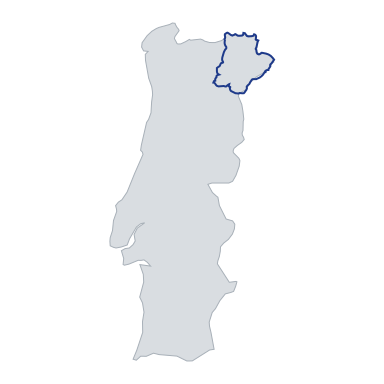 Bragança on a map of Portugal (Equal Earth projection)
{"feature_id": "PRT-750", "entity_name": "Bragança", "entity_type": "District", "adm_level": 1, "iso_a3": "PRT", "parent_name": "Portugal", "parent_adm1": "", "projection": "equal_earth", "projection_center": [-6.92, 41.518], "detail": "fine", "context": "in_parent", "style": "outline", "palette": "blue", "viewbox_px": 384, "rotation_deg": 0, "n_neighbors": 0, "source": "natural_earth", "source_scale": "10m", "svg_char_len": 4343}
<svg xmlns="http://www.w3.org/2000/svg" viewBox="0 0 384 384"><path d="M147.1,35.7L151.8,31.3L156.4,28.5L159.0,27.4L169.6,24.5L172.4,23.0L175.0,23.3L175.5,24.7L177.0,27.4L178.6,29.3L179.1,30.7L174.9,36.6L174.4,38.6L176.5,42.4L176.9,43.5L177.9,44.0L180.8,43.9L185.9,41.5L189.4,39.4L190.6,40.2L200.6,39.1L203.0,40.0L204.6,41.1L209.5,42.5L214.9,42.6L221.5,40.6L224.5,38.7L225.0,36.5L225.2,34.8L226.0,33.7L227.6,33.1L229.9,34.2L233.3,35.1L241.4,35.4L243.0,34.2L245.8,34.6L249.4,36.1L253.6,35.6L255.8,37.5L256.6,40.0L256.9,45.5L256.6,51.0L257.4,53.0L260.3,53.6L264.9,53.5L269.0,55.0L272.2,57.6L273.3,60.3L273.8,62.1L272.2,63.2L270.0,67.1L264.3,72.3L256.3,76.9L250.1,82.7L245.9,89.7L240.6,92.6L239.0,94.2L238.3,96.1L241.8,104.6L242.9,111.2L243.8,119.2L243.2,121.5L243.0,130.4L242.1,133.0L242.3,135.1L243.6,137.4L244.2,139.5L241.8,142.3L237.3,145.5L234.0,148.4L233.1,151.0L233.4,152.7L238.9,158.3L239.9,160.6L239.2,166.2L236.0,175.3L232.9,180.8L232.4,181.4L228.9,183.0L212.0,183.0L207.9,184.3L208.5,185.4L212.4,192.5L216.6,196.3L217.9,197.2L219.4,205.6L226.1,219.0L232.6,220.9L234.8,224.2L234.4,228.9L232.4,234.1L228.4,239.4L223.7,243.1L220.5,246.8L220.3,251.2L219.3,256.6L217.8,261.0L217.4,263.9L229.3,282.3L236.0,281.4L236.9,281.8L235.7,286.2L233.6,291.4L231.0,292.4L225.3,293.9L219.9,300.6L215.5,308.6L212.2,312.5L209.2,322.1L209.5,326.2L211.0,332.6L214.1,349.3L209.6,350.0L192.3,360.9L186.9,361.0L176.9,356.1L159.2,354.6L153.5,353.2L146.3,356.3L140.7,356.2L136.3,360.2L133.1,359.2L136.8,350.2L142.7,332.4L142.5,321.6L144.0,312.2L142.5,302.9L139.7,297.1L143.7,282.1L143.3,274.4L139.9,264.6L150.6,266.1L147.3,262.3L144.0,259.9L140.9,260.4L138.2,260.3L129.0,264.1L124.4,265.2L123.1,264.5L123.7,258.5L121.4,250.7L125.1,248.6L129.3,248.0L133.0,244.7L135.2,241.0L134.1,234.4L137.3,228.1L144.7,222.8L140.9,223.6L136.5,226.9L129.5,238.9L127.2,245.0L121.3,247.0L116.0,248.0L113.4,247.3L110.2,245.8L109.9,241.3L110.2,237.7L112.5,230.6L113.5,220.5L116.7,211.5L116.5,209.1L115.6,205.6L118.4,202.1L121.9,199.8L127.1,192.1L134.5,173.8L143.0,154.4L142.4,152.1L140.6,150.3L141.4,145.0L146.6,122.4L148.6,119.4L151.0,112.8L151.6,102.1L152.6,94.8L152.4,91.1L151.7,86.6L148.7,78.2L145.5,60.3L145.3,54.4L148.1,51.4L143.6,50.9L141.6,47.1L142.1,42.7L147.1,35.7Z" fill="#d9dde1" stroke="#a8b0b8" stroke-width="1"/><path d="M260.4,77.0L259.8,77.5L256.9,78.8L256.4,79.1L253.2,79.1L252.3,79.3L251.7,79.9L250.0,82.5L249.6,83.5L249.3,84.0L247.6,85.5L246.9,86.4L246.7,86.8L246.9,88.4L246.5,89.6L244.5,92.5L243.8,93.2L242.5,93.3L239.4,93.0L238.4,93.6L237.5,93.4L235.4,93.2L231.0,91.0L230.5,90.4L230.1,89.5L229.9,88.6L229.9,88.0L230.2,87.4L230.2,87.0L229.7,86.8L229.4,86.7L229.0,86.5L228.7,86.3L228.5,86.0L228.8,85.6L229.2,84.2L228.7,84.4L226.8,85.8L226.3,86.4L225.3,86.5L223.8,86.0L219.9,86.3L218.6,86.4L217.0,85.9L216.3,85.3L214.8,83.2L214.1,82.7L213.4,82.6L213.7,81.8L213.8,81.5L214.0,81.1L214.4,80.9L215.1,80.8L215.3,80.7L215.2,80.3L215.2,79.9L215.2,79.4L215.4,78.5L215.9,77.9L216.4,77.4L216.5,77.1L216.4,76.7L216.5,76.0L217.4,75.1L219.1,74.6L217.9,73.9L217.5,73.4L217.1,72.5L216.9,71.2L216.9,68.0L218.5,66.8L218.9,66.6L219.4,66.3L219.8,65.8L220.2,64.8L220.7,63.7L221.2,63.1L221.7,62.9L222.1,62.9L222.6,62.8L222.9,62.6L223.1,62.3L223.0,61.8L222.8,61.4L222.6,61.0L222.3,60.6L222.2,60.0L222.1,59.2L222.3,57.5L223.9,52.1L225.2,49.5L225.6,49.1L225.9,48.9L226.1,48.6L226.3,48.2L226.3,47.3L226.2,46.8L225.3,45.6L224.9,44.4L224.7,43.8L224.6,42.6L224.7,41.3L224.9,40.6L224.6,39.4L224.5,39.0L225.0,38.3L225.2,37.2L224.8,35.1L224.9,34.2L225.3,33.9L226.1,33.3L226.9,32.8L227.6,32.7L229.2,33.7L230.7,34.9L232.3,35.6L234.0,34.9L235.2,34.1L235.6,34.3L236.3,34.6L237.5,35.6L238.9,35.8L242.0,35.6L243.1,34.9L243.4,32.9L244.9,33.2L246.8,35.9L248.2,36.4L251.7,36.2L253.4,35.7L254.1,34.3L255.3,34.8L255.9,35.6L256.1,36.7L255.7,39.5L256.1,39.9L257.0,40.0L258.3,40.5L257.7,41.7L256.5,46.9L256.3,47.6L256.0,48.1L255.7,48.7L255.8,49.3L256.2,49.8L256.4,50.4L256.5,51.6L256.8,52.9L257.5,53.9L258.8,54.4L259.4,54.3L260.1,53.9L260.8,53.5L261.1,53.1L261.4,52.8L262.1,52.8L266.1,53.6L268.6,54.5L270.8,55.9L272.9,58.1L273.6,59.0L274.1,59.7L271.7,63.1L270.4,64.4L270.1,65.1L270.2,65.6L270.3,66.0L270.3,66.4L268.4,69.4L268.4,70.0L266.9,70.1L266.2,70.4L265.5,70.9L265.7,71.3L265.7,71.8L265.5,72.2L265.3,72.2L264.7,72.1L263.0,74.7L261.4,76.3L260.4,77.0Z" fill="none" stroke="#1e3a8a" stroke-width="2"/></svg>